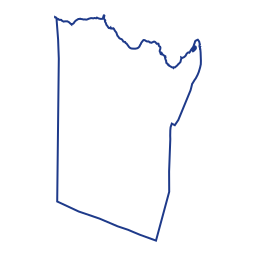 Anoamaa West, Atua, Samoa
{"feature_id": "51752279B84005486161321", "entity_name": "Anoamaa West", "entity_type": "district", "adm_level": 2, "iso_a3": "WSM", "parent_name": "Samoa", "parent_adm1": "Atua", "projection": "equal_earth", "projection_center": [-171.642, -13.913], "detail": "fine", "context": "isolated", "style": "outline", "palette": "blue", "viewbox_px": 256, "rotation_deg": 0, "n_neighbors": 0, "source": "geoboundaries", "source_scale": "gbopen_adm2", "svg_char_len": 2887}
<svg xmlns="http://www.w3.org/2000/svg" viewBox="0 0 256 256"><path d="M57.2,201.5L78.7,211.5L99.5,218.6L117.6,226.3L128.1,229.8L133.5,232.1L140.0,234.8L156.0,240.6L169.2,191.8L169.1,171.4L170.3,139.1L170.2,135.7L170.3,130.4L170.6,127.2L171.8,123.6L174.8,125.2L178.3,120.0L181.2,113.0L190.5,90.4L191.1,88.2L192.2,83.7L192.7,83.1L194.5,80.1L195.8,78.3L197.6,74.8L198.8,71.9L200.1,67.5L200.8,64.3L200.9,60.8L200.6,52.5L200.3,49.1L200.0,49.0L200.0,47.7L199.7,47.1L200.1,46.7L199.5,46.2L199.5,45.0L199.9,44.4L199.5,43.1L199.2,41.7L198.6,40.7L197.8,39.7L197.2,39.9L196.3,40.5L195.6,40.7L195.1,41.4L194.5,43.5L194.2,44.1L193.7,45.8L193.3,46.6L193.0,47.7L193.0,48.2L193.6,48.3L194.0,47.9L194.4,46.7L194.6,46.4L195.4,46.5L195.8,47.1L195.9,48.2L195.4,49.2L193.8,50.8L193.0,51.3L192.7,50.9L193.3,49.6L192.5,47.9L191.7,48.9L190.5,50.7L190.2,51.5L189.3,52.7L188.5,52.4L188.1,52.5L187.2,53.2L186.6,53.8L185.7,55.6L184.8,56.5L184.1,57.1L182.1,58.0L181.2,57.5L181.3,58.8L180.9,59.9L180.5,61.9L179.1,63.5L178.1,64.3L177.4,65.3L176.8,65.8L174.9,67.4L173.7,67.3L173.4,67.9L173.0,67.5L171.7,67.2L170.8,66.6L168.8,65.5L168.2,64.9L168.4,64.5L167.9,64.2L167.7,64.3L166.8,63.1L166.3,62.8L166.3,62.1L166.1,61.2L166.1,60.5L165.7,60.0L165.2,58.4L165.0,57.4L165.5,57.2L165.3,56.3L164.9,56.4L163.8,55.3L163.2,54.9L162.7,54.6L161.4,52.6L160.9,52.5L160.8,53.1L161.5,53.9L161.4,54.3L160.8,54.1L160.5,53.6L160.6,52.4L159.9,51.9L159.7,51.2L159.8,50.2L160.3,48.9L160.4,47.5L160.1,46.7L159.4,46.4L158.8,45.6L158.6,44.1L158.4,43.7L157.8,43.6L157.1,43.8L156.8,43.8L156.1,43.0L155.3,42.1L154.8,41.8L154.1,41.6L153.4,41.8L152.5,42.3L151.2,42.8L150.5,42.4L149.8,42.4L149.4,42.0L148.6,41.4L147.9,41.5L146.8,41.4L145.7,40.8L144.8,40.2L143.8,40.0L143.3,40.2L141.4,42.6L141.1,43.2L140.8,44.0L140.2,44.9L139.7,45.9L139.5,46.5L138.3,47.7L137.2,48.3L135.2,48.7L132.5,48.6L131.5,48.5L130.4,48.1L129.2,47.2L126.6,43.6L125.6,43.0L125.1,42.0L123.4,41.6L122.2,39.7L121.6,39.2L120.0,38.6L119.1,37.9L118.1,36.4L117.4,35.7L116.3,32.5L115.4,31.4L114.8,30.6L113.8,28.7L113.3,28.3L112.8,28.6L111.9,28.6L111.7,28.3L111.3,28.5L110.5,28.4L110.4,27.7L110.0,28.1L109.7,27.9L108.8,28.0L108.2,27.3L107.3,25.9L106.4,24.8L105.8,22.9L105.1,21.8L104.9,20.8L105.2,20.3L104.1,18.9L103.8,18.0L104.1,17.3L104.1,16.6L104.4,15.7L104.2,15.4L103.8,15.4L103.4,16.5L102.9,18.3L102.6,18.7L102.1,18.9L100.5,18.9L98.5,18.4L96.9,17.6L96.2,18.3L94.5,18.0L93.2,18.4L91.8,18.1L90.9,18.1L90.7,18.2L88.9,18.7L87.3,19.4L86.5,19.6L85.9,19.6L85.0,19.4L83.5,19.5L82.0,19.1L80.7,19.0L80.1,18.7L79.2,19.0L78.3,19.0L77.9,19.3L76.4,20.2L75.7,20.7L74.7,21.7L73.7,23.2L72.8,23.9L71.6,24.0L71.5,24.5L70.8,23.9L69.5,22.7L69.0,22.2L67.3,21.3L66.6,21.3L65.1,21.3L63.6,21.6L61.8,20.6L61.3,19.9L60.7,19.8L60.0,19.9L59.1,19.8L58.4,19.1L57.9,19.3L57.6,19.2L56.1,17.6L55.1,17.1L55.1,17.4L55.9,17.7L56.5,18.4L58.1,39.5L58.8,58.7L57.2,201.5Z" fill="none" stroke="#1e3a8a" stroke-width="2"/></svg>